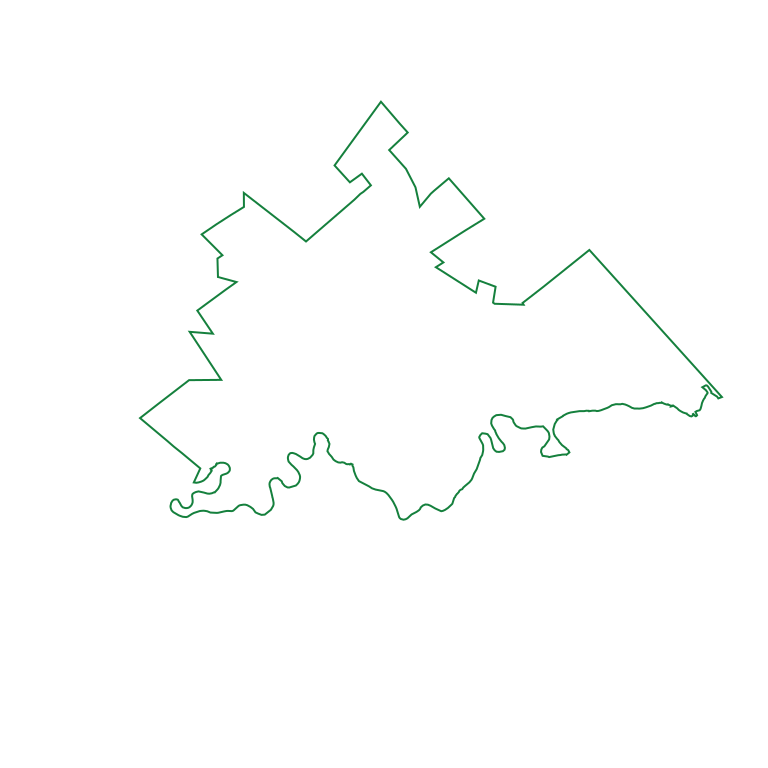 Marqués de Comillas, Chiapas, Mexico, rotated 228°
{"feature_id": "50627088B45409409089099", "entity_name": "Marqués de Comillas", "entity_type": "district", "adm_level": 2, "iso_a3": "MEX", "parent_name": "Mexico", "parent_adm1": "Chiapas", "projection": "albers", "projection_center": [-90.792, 16.274], "detail": "fine", "context": "isolated", "style": "outline", "palette": "green", "viewbox_px": 768, "rotation_deg": 228, "n_neighbors": 0, "source": "geoboundaries", "source_scale": "gbopen_adm2", "svg_char_len": 6154}
<svg xmlns="http://www.w3.org/2000/svg" viewBox="0 0 768 768"><g transform="rotate(228 384 384)"><path d="M148.2,626.4L346.2,626.3L349.6,567.1L351.5,541.2L349.5,540.8L369.6,519.9L371.5,519.5L381.6,532.0L397.5,523.7L390.3,513.4L436.1,500.7L434.6,509.5L450.5,507.0L443.6,547.7L439.7,569.1L493.5,569.8L494.1,550.6L494.1,546.1L491.7,529.2L509.1,539.0L529.2,544.3L554.4,544.4L555.0,569.9L566.7,569.9L595.8,570.6L579.5,493.5L556.7,493.6L555.1,508.3L540.4,507.2L540.6,497.2L541.1,493.6L540.8,485.3L542.1,421.4L556.8,419.0L619.8,407.7L609.3,398.4L612.0,383.6L614.8,366.3L617.2,348.6L587.8,350.1L588.7,344.2L574.6,332.2L558.5,342.6L560.0,329.5L563.5,294.4L535.9,290.5L552.8,274.5L496.0,265.8L517.3,241.7L520.3,202.7L521.9,179.9L486.4,184.9L478.2,185.9L467.9,187.6L444.2,191.0L438.1,176.8L436.2,178.4L434.9,180.4L433.7,183.0L433.0,185.3L432.9,187.1L433.0,190.6L433.8,192.7L434.1,195.3L434.7,197.4L434.8,197.9L435.3,198.1L436.2,197.9L436.6,198.3L436.2,198.6L436.4,199.3L436.9,199.1L436.7,199.7L436.2,200.3L436.4,201.6L436.3,202.3L436.0,202.5L435.8,203.5L436.1,204.9L436.5,205.3L436.2,205.5L436.5,206.3L436.8,206.8L436.2,207.2L435.1,209.6L432.9,212.0L431.2,213.2L428.9,214.0L427.3,214.0L426.4,213.8L424.9,213.3L424.1,212.7L423.1,211.7L422.6,210.5L422.5,208.2L422.9,206.8L424.4,203.4L424.7,202.1L424.6,201.2L421.4,197.8L420.0,196.5L418.7,194.6L417.4,191.4L417.1,190.1L416.7,185.7L417.1,185.5L418.0,182.9L419.4,180.7L420.8,179.4L423.7,177.6L428.3,174.3L429.6,171.9L430.2,170.0L430.4,168.3L430.0,167.4L429.0,166.3L426.0,164.3L424.2,162.7L423.4,161.4L422.7,159.5L422.6,157.1L422.9,155.9L423.5,154.8L424.1,154.0L424.9,153.2L427.1,151.9L429.2,151.9L432.8,152.8L433.7,152.8L435.4,153.3L436.1,153.3L437.5,152.3L438.6,150.5L438.8,148.9L438.1,146.4L436.1,143.6L434.7,142.6L432.2,141.6L429.7,141.7L424.0,143.5L422.3,144.3L420.0,145.6L417.4,148.0L416.7,149.5L415.9,154.5L415.3,156.6L412.9,162.0L412.3,162.9L410.7,165.0L409.6,166.0L407.7,167.5L404.6,169.0L400.1,173.5L399.2,174.7L396.3,179.9L395.0,182.0L394.3,182.9L391.3,185.9L390.7,187.3L390.7,194.5L390.2,196.0L388.4,198.8L387.1,200.2L385.4,201.3L382.0,202.5L378.8,203.1L374.6,202.6L371.8,203.8L368.7,205.4L366.7,208.0L366.2,215.8L367.5,219.9L368.2,221.1L369.5,222.4L371.9,223.9L373.8,225.0L374.6,225.3L375.3,225.8L382.8,229.9L384.1,230.4L386.1,231.8L387.0,232.8L387.7,234.3L388.1,235.9L388.0,237.7L387.7,238.7L387.1,239.7L385.6,241.3L385.4,242.1L380.1,242.9L378.3,242.1L374.6,242.0L371.7,243.1L370.5,244.3L367.5,250.6L367.6,253.0L368.0,255.0L368.7,256.5L369.9,258.2L371.1,259.5L372.6,260.4L375.8,261.4L378.2,261.7L383.4,261.5L385.8,261.2L390.2,261.2L392.1,262.2L393.4,263.1L394.3,264.2L395.2,265.9L395.3,268.1L394.2,269.7L392.9,270.6L390.9,271.7L386.0,273.2L383.4,273.8L381.4,274.8L380.2,275.9L379.4,277.2L378.7,279.8L379.1,283.5L379.7,285.0L382.2,287.3L383.8,289.5L385.6,292.7L387.2,293.3L389.5,294.7L391.1,296.4L391.9,297.7L392.2,300.3L392.1,301.6L391.3,302.8L388.7,305.2L387.4,305.6L384.5,305.9L382.1,305.5L380.7,305.6L379.7,304.8L379.6,304.5L378.0,304.2L377.7,303.9L376.4,303.6L375.9,303.3L374.0,300.7L373.0,298.5L372.3,297.5L371.7,296.9L370.4,296.8L369.1,296.4L364.9,296.4L361.6,295.9L359.1,296.4L356.4,297.5L354.7,299.0L353.9,300.5L352.1,301.8L349.8,302.4L349.1,302.9L347.7,304.6L347.0,304.8L346.9,306.1L345.2,306.8L344.5,305.9L342.6,305.5L339.5,303.5L335.0,301.7L332.4,300.9L328.6,300.4L317.9,304.4L314.5,305.3L311.2,307.1L305.0,311.7L303.6,312.4L301.4,312.9L298.6,313.0L292.7,312.4L290.3,312.0L285.1,310.6L283.0,309.9L275.0,306.2L273.9,306.0L272.4,306.2L270.1,307.7L269.0,309.6L268.5,311.6L268.6,317.2L267.2,322.5L266.8,325.5L267.0,327.3L267.7,328.7L267.7,331.5L266.8,334.1L264.9,335.9L262.4,337.1L257.2,338.8L251.2,341.4L250.3,342.9L249.6,345.1L249.1,348.6L249.2,353.9L249.3,354.7L252.3,359.8L252.4,361.2L252.9,362.0L253.5,364.7L253.4,365.3L253.6,366.5L253.6,367.2L254.1,368.3L254.2,369.1L254.1,370.2L253.5,371.8L254.0,373.6L254.0,375.9L253.8,381.7L254.3,385.0L254.9,386.5L257.2,391.0L258.7,395.9L263.4,404.6L264.5,406.1L265.5,409.5L267.8,412.7L268.7,413.7L272.1,416.6L273.6,417.2L279.9,418.7L280.8,419.2L281.6,421.5L281.7,424.0L279.3,426.1L277.4,427.4L272.6,427.0L270.7,426.2L263.2,422.2L260.6,421.9L258.4,422.3L256.5,424.1L254.5,427.4L254.5,429.6L255.6,431.1L258.1,432.5L260.3,432.8L262.5,432.7L266.9,433.0L271.7,434.0L271.9,434.2L274.2,434.9L275.1,435.5L276.9,435.6L280.8,436.4L283.0,437.3L285.3,439.8L286.2,442.0L286.2,444.0L285.7,446.6L282.8,450.4L278.7,453.0L274.7,455.8L271.7,456.0L270.7,455.8L269.7,455.1L268.6,454.7L265.1,454.2L264.0,454.3L259.7,456.0L258.8,456.6L256.3,459.2L253.1,464.8L250.8,468.5L247.3,472.1L246.1,473.9L241.0,474.1L239.0,474.1L237.2,473.7L234.2,471.8L232.3,469.6L230.4,461.5L230.8,459.1L230.0,457.0L228.4,455.2L224.5,453.8L220.3,457.3L219.2,457.8L214.5,465.8L213.1,467.7L212.4,469.0L209.7,472.3L209.3,472.3L209.1,476.0L211.3,476.6L212.0,476.6L213.4,476.1L214.1,476.4L219.5,475.4L223.7,475.5L225.7,476.0L227.0,475.9L231.2,476.2L231.8,476.6L232.5,476.6L234.1,477.4L236.9,479.3L240.0,484.1L241.1,487.7L241.2,488.8L241.8,488.9L240.4,495.5L240.6,495.8L239.6,499.9L238.8,501.9L237.8,503.9L232.9,511.3L229.9,514.6L228.8,516.4L227.1,518.2L226.6,518.1L224.8,520.9L222.8,523.2L221.5,524.0L220.4,525.5L219.3,527.7L216.8,534.1L216.3,535.9L215.8,539.1L213.8,542.9L210.8,546.0L209.8,547.8L207.4,549.5L205.6,550.4L203.2,551.4L200.4,552.3L199.3,553.0L198.3,553.6L194.6,557.6L192.7,560.3L191.3,563.2L189.3,568.0L188.4,571.4L187.7,572.6L187.5,573.5L185.9,575.5L185.8,575.9L185.1,576.8L184.8,577.0L183.9,578.0L184.1,578.2L182.6,578.7L181.0,579.5L179.6,580.3L179.2,580.7L179.0,581.3L178.6,581.2L177.6,581.9L176.6,582.2L176.0,582.8L175.4,582.9L175.2,582.4L174.7,583.4L175.0,583.6L174.7,584.4L169.8,585.6L167.5,585.7L165.5,586.2L162.7,587.2L160.1,588.7L159.5,589.2L159.0,589.0L155.6,589.8L154.2,590.8L153.9,592.1L154.8,593.4L155.6,593.8L151.7,593.9L151.2,594.5L151.3,595.8L154.9,596.8L154.6,598.4L153.3,601.0L153.7,602.6L155.4,605.3L157.0,607.5L158.2,610.0L158.9,612.0L159.0,613.0L159.8,614.6L160.5,617.3L160.5,618.0L161.2,618.8L164.0,619.1L168.6,618.4L167.7,622.1L167.0,622.9L165.3,623.1L159.3,622.1L158.4,621.2L151.7,623.1L149.6,622.8L148.2,626.4Z" fill="none" stroke="#15803d" stroke-width="2"/></g></svg>